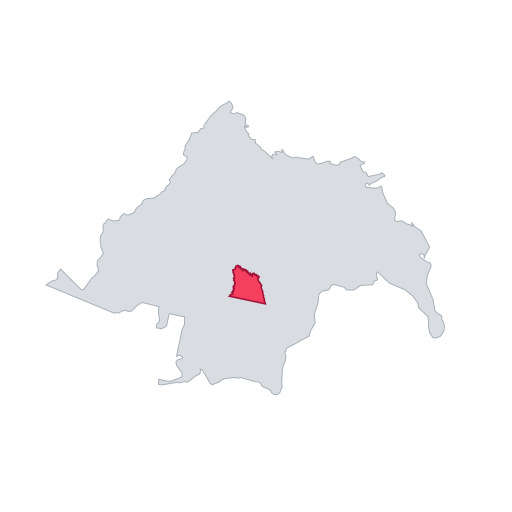 location of Puerto Gaitán, Meta, Colombia, rotated 102°
{"feature_id": "7082276B98813411003149", "entity_name": "Puerto Gaitán", "entity_type": "district", "adm_level": 2, "iso_a3": "COL", "parent_name": "Colombia", "parent_adm1": "Meta", "projection": "albers", "projection_center": [-71.987, 4.086], "detail": "fine", "context": "in_parent", "style": "filled", "palette": "rose", "viewbox_px": 512, "rotation_deg": 102, "n_neighbors": 0, "source": "geoboundaries", "source_scale": "gbopen_adm2", "svg_char_len": 8612}
<svg xmlns="http://www.w3.org/2000/svg" viewBox="0 0 512 512"><g transform="rotate(102 256 256)"><path d="M294.9,70.2L289.8,72.3L279.8,74.9L272.9,86.1L268.2,88.0L262.4,94.7L258.2,102.9L254.9,119.6L246.3,133.8L247.0,134.5L250.4,133.9L253.6,132.3L254.8,132.8L256.0,135.3L259.9,135.9L263.0,147.4L268.9,153.3L269.5,155.6L270.3,160.4L268.2,163.3L267.6,173.8L269.4,176.5L273.8,177.5L276.8,184.1L278.6,185.6L281.4,186.6L287.8,185.6L299.6,186.7L302.3,186.5L308.9,184.2L317.3,187.0L323.4,187.5L340.2,207.3L341.9,206.7L344.0,207.9L348.3,205.8L351.9,205.5L356.7,206.5L363.0,206.4L375.8,204.3L377.7,203.2L384.6,204.3L386.7,205.8L387.7,209.5L386.9,211.8L384.5,214.1L383.2,217.1L382.9,220.7L381.7,223.4L379.5,225.1L378.6,227.6L379.1,230.9L378.0,246.0L379.0,247.2L379.7,253.4L382.7,261.4L384.1,263.6L386.6,265.5L391.1,272.1L390.1,274.3L378.7,284.7L378.1,287.1L380.3,286.1L383.9,287.0L385.1,289.5L393.7,296.7L393.6,299.4L396.1,304.8L395.6,306.0L401.7,321.4L401.9,324.6L396.9,325.5L396.7,315.2L396.0,313.1L390.3,304.0L389.2,303.3L385.4,304.3L379.3,311.1L376.4,312.2L374.0,311.2L371.7,307.2L370.2,306.5L368.7,309.9L370.6,312.9L343.1,313.0L337.8,311.7L330.5,313.3L330.4,328.9L343.4,329.0L347.0,333.5L346.7,337.1L347.2,338.4L344.1,339.2L339.6,336.7L331.5,339.7L325.6,340.4L325.2,357.6L328.8,361.8L335.8,366.4L336.8,369.5L336.3,372.5L338.0,376.2L340.3,378.1L340.3,380.3L341.4,382.8L328.0,455.3L323.1,450.9L321.3,446.9L318.9,445.3L314.3,446.5L309.4,444.5L325.3,420.0L324.8,417.8L311.4,411.8L310.0,410.3L303.7,407.0L300.2,408.0L298.2,409.6L293.3,410.1L289.4,407.5L284.8,405.8L279.2,409.9L277.5,409.9L273.5,411.7L269.2,412.3L263.7,410.5L259.2,411.8L256.1,411.5L254.9,410.2L250.9,408.7L250.5,407.1L251.6,404.0L249.9,398.0L249.3,397.0L246.3,396.9L242.7,394.8L242.0,393.5L242.8,391.0L242.1,388.9L238.7,384.1L233.9,382.9L229.3,378.9L224.7,377.5L222.6,374.6L220.6,368.1L215.8,363.1L212.5,361.3L211.4,359.0L207.9,358.7L203.3,355.4L201.2,355.1L199.8,356.7L195.4,355.0L191.8,352.6L187.9,352.0L185.5,350.5L181.0,345.8L176.1,343.5L173.3,344.3L172.3,347.8L170.7,348.4L165.1,347.5L164.1,348.2L162.6,348.0L155.8,345.4L149.0,344.4L147.3,338.6L143.0,336.5L141.7,333.7L138.7,334.0L127.1,328.6L122.4,324.9L118.3,322.9L114.0,318.7L113.4,317.1L110.1,314.7L111.8,311.6L115.7,309.3L120.9,311.2L121.6,307.6L119.7,304.4L120.7,297.2L122.0,295.6L124.9,294.2L126.7,294.7L127.8,293.5L132.0,294.1L133.3,293.6L136.5,290.8L137.9,288.4L139.4,288.7L142.9,284.8L142.3,280.9L145.6,280.1L149.0,273.7L150.5,273.6L151.2,270.6L157.2,260.1L155.1,261.3L152.8,260.5L153.2,257.0L152.4,256.6L150.5,259.3L148.9,256.5L149.3,252.0L146.7,252.8L146.8,251.8L150.7,248.4L152.4,240.6L151.1,237.8L150.4,226.2L149.7,224.0L146.6,221.0L151.6,217.7L153.4,215.2L151.2,210.1L148.2,205.7L148.1,203.1L149.9,203.4L150.7,196.2L149.0,193.4L146.9,193.3L140.4,182.6L138.1,180.4L139.9,175.3L141.9,173.0L141.5,169.2L142.8,169.4L145.6,172.9L146.8,172.4L151.3,169.1L151.4,165.9L155.0,162.7L150.1,151.8L148.4,150.1L150.4,146.6L151.6,146.8L153.5,150.2L156.7,152.5L161.2,158.6L163.2,159.9L161.8,161.3L161.5,162.7L162.1,163.5L164.8,163.7L165.8,162.1L165.2,154.7L164.1,151.0L161.7,148.4L162.4,147.3L167.2,145.5L177.0,138.5L180.4,131.9L183.0,129.5L185.9,128.0L189.5,128.4L192.3,127.6L193.1,125.5L191.3,120.9L193.4,114.6L193.4,111.4L194.7,109.5L194.3,108.8L190.7,111.0L194.4,106.6L197.0,99.9L211.3,88.0L220.6,90.9L223.5,90.8L219.6,92.2L219.1,94.0L220.4,95.8L221.8,96.3L223.0,95.1L226.1,88.2L226.6,84.4L228.0,83.1L230.0,82.6L239.0,84.3L247.6,83.7L261.7,73.8L272.3,69.6L274.9,65.5L275.6,62.5L277.5,61.3L279.5,61.3L280.7,59.6L285.6,57.0L290.8,56.7L296.3,59.0L298.8,63.1L299.2,65.9L294.9,70.2ZM132.2,292.8L131.5,293.3L130.3,292.4L129.9,291.2L130.6,290.3L131.6,290.6L132.2,292.8Z" fill="#d9dde1" stroke="#a8b0b8" stroke-width="1"/><path d="M271.7,264.2L272.0,264.4L271.9,264.7L271.7,264.7L271.8,264.9L271.7,265.0L271.7,265.3L271.8,265.4L272.1,265.5L271.8,265.6L272.0,265.8L271.5,265.7L271.6,266.0L271.6,266.6L271.4,266.8L271.5,267.0L271.8,267.1L271.7,267.2L271.4,267.1L271.3,267.3L271.5,267.4L271.5,267.8L271.4,267.7L271.2,267.8L271.1,267.6L270.8,267.9L270.8,268.0L271.0,267.9L270.9,268.2L271.1,268.3L271.0,268.5L270.6,268.4L270.5,268.7L270.0,268.9L270.3,269.1L270.2,269.2L270.3,269.4L270.2,269.4L270.4,269.6L270.2,269.7L270.4,269.8L270.5,270.0L270.2,270.0L270.1,270.4L270.0,270.1L269.9,270.3L269.7,270.3L269.5,270.5L269.8,270.7L269.7,270.9L269.8,271.1L269.7,271.2L269.7,271.5L269.4,271.5L269.5,271.7L269.3,271.6L269.1,271.8L269.3,271.9L269.1,271.9L269.1,272.0L269.2,272.3L269.3,272.3L269.6,272.5L269.8,272.9L269.8,273.0L270.1,273.2L270.1,273.4L270.2,273.5L270.7,273.5L270.8,273.5L271.0,273.6L271.3,273.7L271.2,273.7L271.3,273.8L271.5,273.5L271.8,273.7L272.0,273.6L272.3,273.6L272.6,273.5L273.0,273.6L273.3,273.7L273.3,273.8L273.5,273.8L273.6,274.0L273.8,274.1L273.9,274.3L273.9,274.5L274.0,274.8L274.0,275.0L274.2,275.3L274.1,275.6L274.3,275.8L274.5,275.8L274.9,275.6L275.1,275.6L275.5,275.3L275.7,275.1L275.9,275.2L276.1,275.0L276.4,274.9L276.5,274.8L276.8,275.0L277.2,274.5L277.5,274.5L277.6,274.2L277.9,274.1L278.0,274.1L278.4,273.8L278.6,273.9L278.8,273.8L279.0,273.6L279.2,273.3L279.6,273.4L279.8,273.3L279.8,273.1L280.0,273.1L280.3,272.9L280.4,273.0L280.5,273.0L280.8,273.0L280.9,272.8L281.2,272.8L281.3,272.6L281.6,272.8L281.8,272.8L281.7,272.6L281.9,272.8L282.1,272.7L282.2,272.8L282.2,272.6L282.3,272.6L282.5,272.5L282.6,272.8L282.7,272.7L282.8,272.9L282.9,273.0L283.2,272.9L283.3,273.0L283.6,272.8L283.6,272.6L284.0,272.3L284.1,272.2L284.4,272.3L284.5,272.2L284.6,272.4L284.8,272.1L285.0,272.0L285.2,271.9L285.5,271.5L285.9,271.7L286.0,271.6L286.2,271.2L286.4,271.2L286.5,271.1L286.8,271.1L286.9,270.8L287.2,270.7L287.5,270.8L287.8,270.9L287.8,271.0L288.1,270.9L288.1,271.0L288.3,271.0L288.5,270.8L288.8,271.0L289.1,270.9L289.4,271.2L289.5,271.2L289.6,271.3L289.6,271.2L289.9,271.4L290.0,271.5L290.4,271.4L290.5,271.6L290.7,271.4L291.1,271.4L291.1,271.2L291.3,271.3L291.5,271.2L291.6,271.3L291.6,271.2L292.1,270.9L292.2,271.0L292.3,270.8L292.6,270.9L292.6,270.7L292.8,270.8L292.9,270.7L293.0,270.9L293.1,271.0L293.4,270.8L293.6,271.0L293.8,270.8L294.0,270.8L294.4,270.8L294.5,270.9L294.8,270.9L294.7,271.0L294.8,271.2L295.0,271.0L295.2,270.9L295.2,271.3L295.4,271.3L295.5,271.6L295.8,271.7L296.0,271.7L296.1,271.8L296.4,271.6L296.3,271.4L296.6,271.3L296.7,271.5L296.8,271.2L297.1,271.3L297.4,271.2L297.3,271.4L297.5,271.4L297.4,271.5L297.7,271.4L297.9,271.5L298.0,271.2L298.1,271.3L298.4,271.5L298.5,271.6L298.4,271.8L298.6,271.9L298.9,271.9L298.9,272.1L298.8,272.4L298.9,272.6L299.1,272.6L299.2,272.8L299.3,272.9L299.3,273.0L299.5,273.0L299.4,273.1L299.6,273.2L300.0,273.0L300.4,273.0L300.5,273.3L300.4,273.3L300.6,273.4L300.7,273.7L300.9,273.8L300.9,236.8L300.2,237.1L300.0,237.4L299.1,237.7L298.7,238.1L297.7,238.8L297.0,238.7L296.1,239.2L295.8,239.1L295.0,240.0L294.8,240.0L294.4,240.2L293.7,240.3L293.4,240.2L292.5,241.0L290.5,241.6L290.2,242.0L289.2,242.1L288.9,242.2L288.4,242.9L287.9,243.1L287.3,243.6L286.8,243.7L285.2,244.6L284.7,244.5L284.5,244.4L284.1,244.5L283.9,244.3L283.4,244.4L283.0,245.1L282.4,245.6L282.0,246.3L281.5,246.4L281.2,246.6L281.1,247.2L280.7,247.5L280.4,247.7L280.3,247.9L279.8,248.3L279.8,248.5L279.5,248.6L279.4,248.9L279.1,249.2L278.8,249.2L278.2,249.1L277.4,249.4L276.8,248.7L276.4,248.9L276.1,248.9L275.9,248.8L276.0,248.9L275.8,248.9L275.8,249.1L275.7,249.1L275.7,249.3L275.6,249.2L275.6,249.3L275.3,249.6L275.1,249.9L275.2,250.1L274.9,250.2L274.9,250.4L275.0,250.5L274.8,250.5L274.9,250.9L274.8,251.1L274.7,251.4L274.8,251.4L274.7,251.5L274.7,251.8L274.8,251.8L274.7,252.0L274.8,252.2L274.6,252.3L274.4,252.7L274.5,252.8L274.4,252.8L274.5,252.9L274.4,253.0L274.3,252.9L274.3,253.1L274.5,253.2L274.4,253.4L274.4,253.5L274.3,253.9L274.2,253.9L274.2,254.0L274.0,254.4L273.8,254.4L273.9,254.5L273.6,254.5L273.4,254.8L273.7,255.1L274.0,255.2L274.1,255.4L274.1,255.7L274.7,255.9L274.9,256.0L275.2,256.1L275.4,255.9L276.0,255.7L276.3,255.6L276.2,255.9L276.3,256.0L276.2,256.3L275.9,256.8L275.9,257.1L275.9,257.3L275.1,256.9L275.0,257.0L275.4,257.3L275.5,257.6L275.5,257.8L275.4,258.0L274.8,258.0L274.6,258.0L275.1,258.3L274.6,258.6L274.5,259.0L274.8,259.4L274.6,259.4L274.2,259.4L274.0,259.5L273.9,259.8L274.2,260.2L274.2,260.4L273.9,260.4L273.9,260.5L273.8,260.8L273.8,261.3L273.5,261.2L273.7,260.8L273.6,260.6L273.3,260.9L273.1,260.8L272.5,260.9L272.5,261.1L272.9,261.0L273.2,261.2L273.2,261.3L273.2,261.7L272.7,261.6L272.4,261.9L272.5,262.3L272.1,262.3L272.0,262.5L271.7,262.9L271.8,263.1L272.3,263.4L272.3,263.5L271.8,263.6L271.8,263.8L271.9,263.7L272.1,263.7L272.0,263.8L272.1,264.1L271.7,264.0L271.7,264.2Z" fill="#f43f5e" stroke="#9f1239" stroke-width="1.5"/></g></svg>